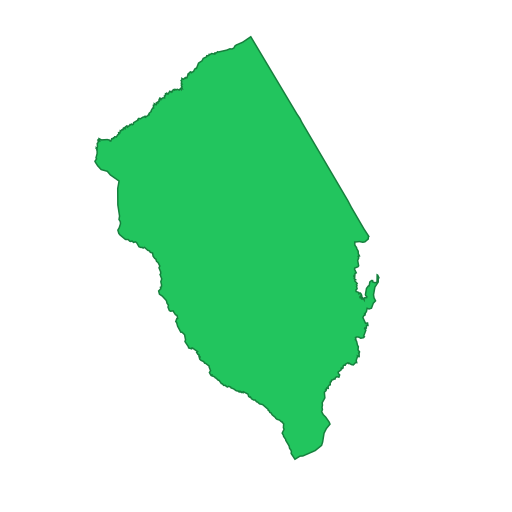 outline of Meatu, Simiyu, United Republic of Tanzania, rotated 330°
{"feature_id": "72390352B64411652351957", "entity_name": "Meatu", "entity_type": "district", "adm_level": 2, "iso_a3": "TZA", "parent_name": "United Republic of Tanzania", "parent_adm1": "Simiyu", "projection": "equal_earth", "projection_center": [34.38, -3.507], "detail": "fine", "context": "isolated", "style": "filled", "palette": "green", "viewbox_px": 512, "rotation_deg": 330, "n_neighbors": 0, "source": "geoboundaries", "source_scale": "gbopen_adm2", "svg_char_len": 6006}
<svg xmlns="http://www.w3.org/2000/svg" viewBox="0 0 512 512"><g transform="rotate(330 256 256)"><path d="M337.1,354.6L337.3,351.2L338.4,348.3L343.4,342.4L348.9,339.6L350.4,337.0L351.6,336.3L351.8,333.4L351.5,332.9L347.7,339.2L345.6,338.6L344.1,336.7L344.7,335.6L343.8,335.0L341.6,335.4L339.1,338.4L338.4,338.1L335.5,339.3L331.4,344.2L331.2,345.2L331.7,346.5L331.0,347.4L329.1,346.5L328.3,346.7L327.7,348.0L327.4,345.2L326.7,345.0L326.5,346.3L326.0,346.0L325.8,344.2L325.3,344.0L325.7,343.2L326.8,342.9L327.0,344.7L327.9,342.8L328.0,341.0L327.7,340.1L326.3,340.2L326.7,338.9L324.9,336.8L325.4,335.5L327.2,334.9L327.8,332.6L328.6,332.2L328.8,330.8L329.9,330.4L329.1,327.0L329.9,325.9L330.3,326.1L329.8,324.6L330.6,324.1L330.6,322.5L330.9,322.2L331.2,323.2L333.0,320.6L334.4,320.7L334.7,316.8L335.4,315.8L338.8,316.3L340.0,315.8L341.8,310.7L344.0,309.0L344.3,307.4L345.6,307.7L345.7,305.2L346.9,302.9L346.9,300.0L347.3,298.9L347.0,296.1L348.5,293.3L352.8,295.2L355.4,297.5L357.4,298.2L361.7,297.4L362.8,295.7L363.5,295.5L363.0,286.5L362.9,261.3L363.2,254.2L362.5,163.3L362.8,158.9L362.4,153.4L361.1,63.5L351.3,64.2L344.5,63.4L342.7,63.6L340.9,64.8L338.7,64.7L336.9,63.5L333.7,63.1L325.6,60.6L324.9,59.9L323.4,60.3L321.8,59.6L321.3,60.5L318.7,58.4L317.5,58.6L316.2,58.0L316.1,58.6L314.9,58.7L313.5,57.9L312.8,58.8L309.1,58.5L306.8,60.0L302.7,60.2L298.2,63.8L297.5,63.3L296.4,63.5L294.3,64.9L291.6,65.0L291.2,64.3L291.5,63.9L291.2,63.7L288.9,64.3L288.5,65.1L288.1,64.5L285.4,67.1L284.5,66.3L283.9,66.9L283.3,66.2L281.6,66.7L280.6,65.2L280.3,66.0L278.8,66.7L279.0,67.6L277.6,69.2L277.9,70.2L277.2,70.2L276.6,71.0L276.7,72.2L276.1,72.4L275.8,74.1L275.3,73.3L274.4,74.5L274.1,73.3L272.5,73.9L271.1,72.2L269.8,72.2L269.2,71.1L268.3,71.6L267.6,70.6L265.0,72.0L264.8,71.1L264.2,71.3L263.7,70.2L260.8,71.8L260.3,71.5L260.2,70.4L259.4,70.8L258.8,70.2L257.6,71.8L256.7,71.6L255.9,73.4L254.5,72.5L253.0,72.7L252.4,72.0L252.4,72.7L251.9,73.0L251.6,72.3L251.4,72.9L250.8,72.6L250.9,71.7L249.8,72.5L249.5,73.7L248.4,73.5L247.7,74.3L247.4,73.5L246.2,73.6L246.1,74.5L245.2,75.1L244.1,73.3L243.7,74.3L242.5,74.1L241.3,76.6L240.6,76.2L238.0,77.6L237.6,78.4L234.7,79.0L234.1,80.2L233.6,79.8L232.6,80.4L230.3,80.4L230.0,79.8L229.6,80.5L228.9,79.6L227.2,79.2L224.7,79.4L223.2,78.2L222.0,78.6L221.9,79.3L216.8,79.3L215.4,80.6L214.6,80.5L214.1,79.5L213.0,79.8L212.7,79.2L210.4,80.1L209.4,79.0L209.0,79.9L208.4,78.8L207.1,79.0L206.4,80.1L206.0,79.1L205.2,78.9L204.6,79.3L204.9,79.8L203.7,80.2L203.0,79.6L201.4,80.1L201.1,79.6L199.7,81.3L198.7,80.5L198.1,81.9L196.8,81.9L194.6,83.1L193.3,82.1L191.6,82.9L191.4,82.4L190.4,82.8L189.7,82.3L187.7,83.9L187.1,83.5L187.0,82.3L185.4,80.8L180.2,78.2L178.9,76.1L178.4,77.5L177.9,76.2L177.0,76.5L177.6,78.1L176.7,77.8L175.8,78.9L174.8,79.1L173.5,81.8L172.4,83.1L172.0,82.6L172.0,83.1L171.4,83.1L171.7,84.3L171.1,84.6L171.1,85.3L169.6,87.9L166.5,91.0L166.5,92.2L163.9,93.4L163.8,94.5L164.0,98.8L165.1,103.7L169.6,108.3L170.4,113.0L174.9,122.6L170.0,128.4L161.9,142.7L157.8,153.2L155.6,155.9L155.7,158.4L154.7,160.4L151.6,163.2L149.3,164.5L148.5,167.8L148.7,169.6L151.2,176.4L153.6,177.9L154.0,179.9L154.8,180.8L156.1,181.0L156.8,183.1L158.6,183.3L159.3,184.9L159.3,189.5L160.7,191.2L161.7,191.5L162.2,192.7L163.7,192.7L165.2,197.1L166.3,198.3L166.3,200.0L167.9,201.7L166.8,204.7L167.1,207.5L167.7,208.6L167.2,210.9L167.9,212.6L167.7,216.6L166.1,217.7L165.5,222.1L164.6,223.7L163.7,224.0L162.9,228.7L160.7,230.7L159.8,233.7L158.7,235.4L157.6,235.3L157.2,236.8L154.2,237.6L153.3,240.8L154.8,243.9L156.1,249.8L155.3,252.6L155.6,254.7L154.2,256.3L153.7,259.9L154.4,261.1L156.7,262.0L156.9,266.6L157.9,268.0L156.9,271.0L156.0,270.7L153.7,272.7L154.0,273.9L153.0,277.7L152.8,284.4L153.8,285.0L154.8,288.4L153.1,293.3L151.7,294.6L152.1,300.7L151.7,301.9L153.8,304.2L154.4,303.6L155.0,303.9L157.6,309.6L156.4,309.8L156.5,312.2L157.2,312.8L156.5,314.3L156.9,314.4L157.1,315.5L156.7,315.8L156.3,315.2L155.7,317.1L156.2,318.9L157.9,321.3L157.9,323.1L158.6,323.6L160.4,327.9L159.9,328.8L159.3,332.6L157.4,333.6L157.3,336.5L158.3,336.9L157.7,337.5L159.7,339.9L159.8,341.1L160.4,341.9L161.2,344.8L161.9,345.3L162.2,349.2L163.0,349.9L163.3,351.9L164.9,352.8L165.0,354.0L165.8,355.2L167.1,355.2L168.5,356.8L168.4,357.7L170.1,359.7L171.5,362.8L173.1,364.2L173.2,365.0L174.0,365.7L174.6,365.2L175.2,366.9L175.8,366.7L176.4,367.9L177.2,367.2L180.0,371.6L179.4,374.0L180.1,375.3L180.7,375.3L180.7,377.4L182.1,379.7L183.2,380.2L183.6,382.6L184.3,383.1L185.1,385.8L187.4,387.9L189.8,394.8L189.4,395.8L190.0,396.7L189.8,398.4L190.6,399.5L190.6,401.6L192.0,405.4L192.0,406.6L192.6,408.0L194.4,409.9L195.0,412.0L195.8,412.8L195.5,413.3L196.1,415.1L193.8,418.5L193.8,420.0L190.1,422.5L190.1,425.1L189.7,426.0L190.0,429.6L189.6,430.6L189.7,437.0L188.9,439.5L189.2,441.4L188.9,443.0L187.7,444.6L188.1,451.5L194.0,451.3L196.6,452.6L210.0,454.1L218.1,452.8L220.7,450.4L226.3,443.5L230.7,440.6L236.0,438.6L236.3,436.4L235.8,430.4L234.9,427.1L235.0,423.6L236.7,422.3L237.6,419.9L239.0,418.4L239.9,416.2L244.7,413.3L247.1,408.1L249.4,407.6L249.6,406.4L250.3,406.7L251.2,405.6L252.4,406.7L253.1,405.1L255.0,404.4L255.9,404.7L257.2,402.3L258.3,402.5L259.4,401.3L260.7,401.7L261.7,401.4L262.8,402.1L264.1,401.0L265.8,401.0L267.2,402.4L269.0,400.8L268.6,399.0L269.1,397.6L272.7,397.2L273.9,395.8L274.3,396.6L275.4,396.5L276.5,394.8L277.5,394.5L278.6,395.2L279.1,394.5L282.2,394.4L282.6,395.6L283.1,395.4L284.3,397.7L285.8,399.0L289.0,398.1L289.9,398.7L290.6,396.5L293.4,394.0L294.5,394.4L294.4,393.8L295.1,394.6L296.1,392.8L296.3,391.4L297.0,391.6L297.8,390.6L297.4,389.0L297.6,388.0L299.3,385.7L299.3,383.9L300.5,380.1L300.2,378.2L300.9,378.1L301.4,376.3L303.1,376.6L304.5,377.7L305.6,379.6L308.3,380.5L309.5,380.1L309.2,379.2L314.1,375.1L313.8,373.1L314.4,372.7L315.5,373.6L317.0,371.3L318.2,372.1L319.1,369.8L317.2,369.0L317.8,362.7L319.6,361.5L320.6,361.7L321.1,360.6L321.4,361.0L322.5,359.8L323.7,359.5L326.1,356.8L327.4,358.4L329.9,358.9L334.0,355.5L337.1,354.6Z" fill="#22c55e" stroke="#15803d" stroke-width="1.5"/></g></svg>